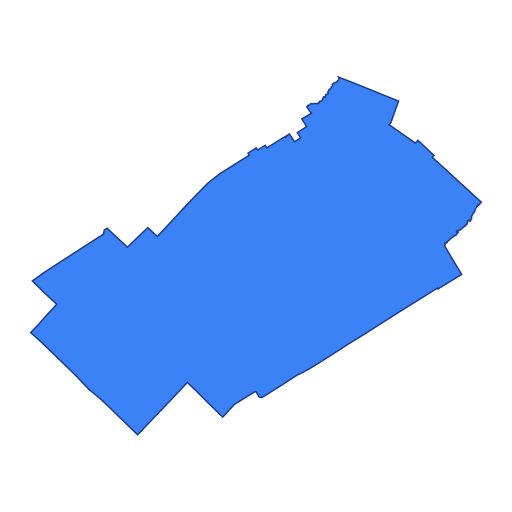 San Andrés de Giles, Buenos Aires, Argentina
{"feature_id": "61730980B42439794948491", "entity_name": "San Andrés de Giles", "entity_type": "district", "adm_level": 2, "iso_a3": "ARG", "parent_name": "Argentina", "parent_adm1": "Buenos Aires", "projection": "orthographic", "projection_center": [-59.325, -34.427], "detail": "fine", "context": "isolated", "style": "filled", "palette": "blue", "viewbox_px": 512, "rotation_deg": 0, "n_neighbors": 0, "source": "geoboundaries", "source_scale": "gbopen_adm2", "svg_char_len": 5646}
<svg xmlns="http://www.w3.org/2000/svg" viewBox="0 0 512 512"><path d="M104.3,230.2L103.5,234.2L98.1,237.6L72.9,253.8L59.6,262.4L44.6,272.1L32.4,280.9L44.5,292.9L56.7,304.3L44.8,317.2L37.8,325.2L30.7,332.6L41.7,342.5L75.9,375.6L81.6,381.7L89.0,389.4L99.2,397.9L105.8,403.9L137.6,434.8L152.6,419.0L158.7,412.7L165.2,405.9L175.8,394.8L187.3,382.5L196.6,391.3L209.0,403.8L222.8,417.1L232.9,406.0L234.5,404.3L255.0,391.6L256.1,391.9L259.3,397.1L262.0,397.5L275.4,389.1L297.6,374.8L299.0,374.3L309.4,368.8L319.9,362.3L337.1,351.3L348.5,343.9L367.3,332.4L370.5,330.2L400.1,311.4L437.4,288.1L437.9,289.0L461.6,274.4L444.6,246.0L444.5,245.8L444.6,245.6L444.7,245.4L444.9,245.2L445.0,245.0L445.1,244.8L445.2,244.5L445.0,244.2L444.9,244.1L444.8,243.8L444.9,243.5L444.8,243.3L445.0,243.1L445.4,243.0L445.6,242.9L446.0,243.0L446.2,242.9L446.3,242.6L446.3,242.4L446.7,242.3L447.1,242.5L447.2,242.3L447.2,242.0L447.2,241.8L447.3,241.6L447.6,241.4L447.9,241.2L448.0,241.0L448.2,240.8L448.3,240.7L448.5,240.7L449.0,240.4L449.3,239.8L449.5,239.8L449.7,239.6L449.7,239.4L449.9,239.2L450.1,239.0L450.3,238.9L450.5,238.7L450.9,238.5L451.1,238.5L451.4,238.2L451.7,237.8L451.9,237.7L452.2,237.6L452.4,237.5L452.5,237.3L452.6,237.0L452.8,236.9L453.0,236.8L453.1,236.6L453.2,236.4L453.4,236.3L453.7,236.2L453.9,236.1L454.0,235.9L454.6,235.5L455.0,235.4L455.3,235.4L455.6,235.6L455.8,235.6L456.0,235.1L456.1,234.8L456.3,234.5L456.4,234.3L456.6,234.1L457.2,233.8L457.4,233.5L457.5,233.4L457.6,233.1L457.7,232.8L458.0,232.6L458.2,232.4L458.3,232.1L458.1,231.7L457.9,231.7L457.7,231.6L457.5,231.8L457.2,231.9L456.8,231.9L456.6,231.6L456.8,231.4L456.9,231.2L457.1,230.8L457.4,230.6L457.7,230.4L458.0,230.2L458.4,230.1L458.6,230.2L458.8,230.3L459.0,230.3L459.5,230.2L459.8,230.1L460.1,230.0L460.3,229.9L460.4,229.7L460.6,229.5L460.9,229.2L461.1,229.1L461.4,228.8L461.5,228.6L461.5,228.4L461.7,228.2L461.9,228.1L462.1,228.0L462.4,228.0L462.7,227.9L462.9,227.8L463.1,227.5L463.3,227.2L463.6,227.0L463.9,226.8L464.3,226.5L464.4,226.4L464.6,226.3L464.8,226.1L465.1,225.9L465.3,225.9L465.6,225.8L465.7,225.6L465.8,225.4L465.8,225.1L465.9,224.8L466.0,224.6L466.7,224.4L466.9,224.2L467.0,224.0L467.1,223.7L467.2,223.4L467.3,223.1L467.3,222.9L467.4,222.6L467.4,222.3L467.4,222.0L467.5,221.7L467.5,221.4L467.6,221.1L467.6,220.9L467.7,220.7L467.9,220.5L468.2,220.5L468.4,220.5L468.6,220.6L468.8,220.8L469.0,220.6L469.3,220.6L469.5,220.7L469.7,220.9L469.9,221.0L470.2,221.2L470.4,221.1L470.5,220.9L470.6,220.6L470.6,220.2L470.7,219.7L470.8,219.5L471.1,219.2L471.4,218.9L471.6,218.7L471.6,218.3L471.3,217.9L471.3,217.7L471.3,217.3L471.4,217.0L471.6,216.5L471.8,216.2L471.9,215.9L472.0,215.7L472.1,215.3L472.4,214.8L472.5,214.5L472.8,213.8L473.1,213.4L473.3,213.3L473.4,213.1L473.8,212.7L474.0,212.5L474.2,212.3L474.4,212.1L474.4,211.8L474.5,211.6L474.6,211.3L474.7,211.1L474.8,210.8L474.8,210.5L475.0,210.1L475.0,209.9L475.1,209.7L475.3,209.3L475.4,209.2L475.6,208.9L475.7,208.5L475.8,208.2L476.0,207.9L476.2,207.7L476.3,207.5L476.5,207.2L476.7,206.8L476.9,206.5L477.1,206.4L477.3,206.3L477.4,206.1L477.5,205.9L477.4,205.6L477.2,205.4L477.3,205.1L477.5,205.0L477.7,204.9L477.9,205.0L478.1,205.1L478.3,205.2L478.6,205.1L478.9,204.8L479.0,204.7L479.4,204.4L479.5,204.3L479.6,204.0L479.9,203.7L480.1,203.5L480.2,203.3L480.3,203.0L480.6,202.9L480.8,202.8L481.0,202.7L481.3,202.3L481.3,202.2L457.6,180.5L432.3,157.3L434.0,155.5L418.0,140.3L415.4,143.1L389.1,124.7L391.1,122.1L395.3,110.1L398.6,101.1L352.5,82.5L338.7,77.2L339.0,77.6L339.2,78.3L338.9,78.9L338.7,79.2L338.5,79.8L338.2,80.4L337.7,80.8L337.2,81.4L337.0,81.9L336.8,82.3L336.6,82.5L335.9,82.3L334.0,83.0L333.7,83.2L333.4,83.5L333.2,83.7L333.0,83.9L332.8,84.0L332.6,84.1L332.3,84.4L332.3,84.8L332.3,85.0L332.5,85.3L332.7,85.7L332.6,85.9L332.4,86.2L332.2,86.3L332.0,86.5L331.9,86.7L331.8,86.9L331.6,87.1L331.4,87.2L331.2,87.4L331.1,87.5L330.9,88.1L330.9,88.3L330.8,88.5L330.6,88.7L330.5,88.9L330.2,89.0L329.8,89.1L329.5,89.2L329.3,89.3L329.1,89.4L329.1,89.6L328.9,89.9L328.8,90.3L328.7,90.4L328.6,90.8L328.5,91.1L328.3,91.2L328.1,91.4L328.0,91.7L327.9,91.9L327.9,92.1L327.8,92.3L327.9,92.6L328.2,92.8L328.4,93.1L328.3,93.3L328.2,93.6L328.0,93.8L327.7,94.0L327.2,94.3L326.9,94.3L326.7,94.2L326.2,94.4L326.0,94.5L325.8,94.7L325.6,94.9L325.6,95.1L325.6,95.5L325.6,95.9L325.6,96.1L325.5,96.4L325.4,96.6L325.3,96.8L325.1,97.1L324.8,97.4L324.5,97.5L324.3,97.4L324.1,97.2L324.1,96.9L323.9,96.8L323.6,96.8L323.4,96.9L323.4,97.1L323.3,97.3L323.4,97.5L323.1,98.0L322.9,98.2L322.8,98.4L322.7,98.6L322.6,98.9L322.7,99.3L322.6,99.6L322.5,99.9L322.4,100.1L322.2,100.3L321.9,100.6L321.6,100.8L321.2,101.0L320.8,101.2L320.4,101.2L320.2,101.1L319.8,101.3L319.7,101.5L319.3,101.7L319.3,101.9L319.4,102.4L319.2,102.6L319.1,102.9L318.9,102.9L318.8,103.1L318.6,103.4L318.2,103.5L317.9,103.4L317.7,103.3L317.4,103.3L317.1,103.5L316.8,103.5L316.6,103.6L316.1,103.6L315.8,103.7L315.3,103.6L314.9,103.6L314.5,103.5L313.7,103.6L313.2,103.7L313.0,103.8L312.8,103.8L312.5,103.9L312.0,103.8L311.7,103.7L311.0,103.6L310.7,103.6L310.4,103.9L310.3,104.2L310.2,104.4L310.0,104.7L309.8,104.8L309.4,105.0L308.8,105.2L308.5,105.1L308.3,105.2L308.1,105.3L307.9,105.4L307.7,105.5L307.8,105.8L307.8,106.1L307.6,106.2L307.2,106.6L306.8,106.9L311.4,113.3L301.8,118.9L306.7,126.6L297.4,132.6L300.7,137.9L294.5,141.8L289.4,134.0L286.4,135.9L286.6,136.3L285.5,137.3L284.9,136.7L266.9,147.9L265.3,145.4L257.6,150.0L256.2,147.8L248.0,153.2L249.3,155.2L243.0,159.1L239.6,161.3L220.3,173.4L208.1,182.9L195.1,196.1L183.7,208.1L172.4,220.4L170.3,222.6L157.3,236.5L147.8,227.6L127.4,247.2L116.0,236.6L107.0,228.2L104.3,230.2Z" fill="#3b82f6" stroke="#1e3a8a" stroke-width="1.5"/></svg>